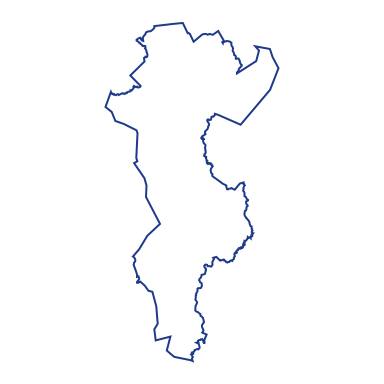 Chínipas, Chihuahua, Mexico
{"feature_id": "50627088B8922966525201", "entity_name": "Chínipas", "entity_type": "district", "adm_level": 2, "iso_a3": "MEX", "parent_name": "Mexico", "parent_adm1": "Chihuahua", "projection": "orthographic", "projection_center": [-108.464, 27.395], "detail": "fine", "context": "isolated", "style": "outline", "palette": "blue", "viewbox_px": 384, "rotation_deg": 0, "n_neighbors": 0, "source": "geoboundaries", "source_scale": "gbopen_adm2", "svg_char_len": 5984}
<svg xmlns="http://www.w3.org/2000/svg" viewBox="0 0 384 384"><path d="M189.9,33.9L188.0,32.7L187.6,33.0L182.8,23.0L174.1,23.8L154.3,26.1L154.4,27.5L153.7,28.7L151.3,30.8L150.2,31.3L148.2,31.4L146.0,32.4L145.5,33.8L144.3,35.6L143.8,35.9L143.0,37.3L142.8,39.4L143.1,39.9L143.2,40.9L142.0,40.4L141.1,39.5L140.7,38.1L140.2,37.7L138.5,38.4L136.6,39.7L136.6,40.7L138.4,41.7L139.2,42.8L139.8,42.8L140.6,44.0L141.7,44.7L142.6,45.9L143.2,46.2L143.9,45.8L144.7,46.2L145.2,46.1L145.5,47.3L145.1,48.3L145.5,48.4L145.6,49.2L146.4,50.6L146.5,52.0L146.8,52.3L147.4,54.4L147.4,56.0L146.8,57.1L146.5,57.2L145.4,56.7L145.0,57.4L144.0,58.0L144.5,61.5L130.3,75.5L140.6,86.0L140.5,86.5L139.2,87.4L137.7,87.4L137.1,86.6L136.1,87.1L135.3,86.6L134.7,87.0L133.9,86.0L133.3,86.8L133.6,88.0L132.8,89.2L131.9,89.8L131.7,90.5L130.9,90.8L130.4,90.4L130.2,91.2L129.7,91.6L127.8,91.9L127.0,92.9L126.3,92.7L125.9,93.4L124.9,93.4L124.6,93.9L123.2,93.7L122.8,93.2L122.3,93.2L118.8,95.0L118.6,94.6L118.0,94.2L117.1,94.3L116.0,95.2L114.7,94.8L114.3,94.2L113.5,94.6L112.9,93.6L112.6,93.5L112.1,93.9L111.5,93.6L110.9,91.9L105.5,107.0L111.7,111.9L115.4,121.0L123.7,123.9L136.5,130.3L137.5,133.1L136.3,157.9L137.3,161.3L134.1,163.1L144.5,178.3L146.5,185.6L146.0,197.0L160.0,223.9L147.3,235.8L139.2,249.2L133.0,256.5L133.6,256.8L134.8,258.4L135.3,259.7L135.2,261.4L134.0,262.8L134.0,263.7L133.6,264.7L135.5,269.8L137.1,274.7L137.0,276.9L138.5,276.4L139.1,278.3L139.0,279.5L137.1,281.8L137.0,282.7L138.3,282.8L140.3,281.6L144.8,285.7L148.4,290.7L152.4,291.8L156.3,306.4L157.7,323.8L154.3,329.3L155.7,340.4L170.4,336.6L166.8,350.5L171.1,354.3L174.4,356.9L190.7,360.2L192.6,361.0L191.9,358.9L192.8,357.1L192.5,357.0L191.8,354.8L191.2,354.5L191.8,353.8L191.6,353.3L191.8,352.7L192.1,352.8L192.7,354.0L193.2,353.9L193.3,353.3L192.9,352.2L194.3,351.4L194.5,350.2L195.2,350.1L195.9,349.5L197.6,349.0L198.3,349.4L199.5,348.1L199.6,347.0L198.7,343.8L196.5,342.7L198.3,342.2L197.9,341.5L198.0,340.9L198.7,340.2L200.2,340.0L200.9,339.3L201.8,339.6L202.4,339.2L203.1,340.4L203.7,342.7L203.8,343.0L204.4,343.0L204.5,341.4L204.2,340.5L206.6,334.5L202.2,332.6L203.2,331.1L203.5,330.1L202.3,327.8L201.9,326.1L202.2,324.7L204.0,322.2L203.0,317.9L202.2,317.3L201.7,316.5L200.6,315.9L200.3,314.0L199.1,313.3L198.4,312.4L196.0,311.3L195.3,310.5L195.3,309.9L195.6,305.9L197.0,303.1L197.1,302.2L195.4,299.6L195.8,297.6L195.7,295.8L196.2,295.2L195.9,294.1L197.5,291.2L197.5,288.7L198.0,288.2L200.7,288.1L201.2,287.5L201.9,285.8L201.6,283.2L200.0,282.1L199.6,280.8L199.1,280.2L199.5,278.9L200.8,277.7L201.5,276.0L201.5,275.0L204.8,274.0L205.2,273.3L205.2,272.4L205.9,270.7L205.6,270.0L206.0,269.3L205.9,268.8L204.4,266.9L204.3,265.8L204.9,264.9L206.0,264.5L207.1,264.9L207.7,266.2L209.6,266.1L210.8,266.6L211.6,266.3L212.5,264.7L212.3,262.0L214.1,258.8L213.2,257.8L216.3,256.9L219.9,260.4L220.4,260.1L220.8,260.5L221.3,260.5L222.3,259.9L223.9,259.5L224.1,259.6L224.2,260.6L225.3,260.9L226.3,262.2L227.3,262.5L227.6,262.5L228.2,261.8L229.4,261.9L230.3,260.7L231.0,260.6L232.0,260.9L231.9,260.2L233.0,259.8L234.0,258.8L233.9,257.5L234.9,256.1L234.3,254.3L234.9,252.9L236.1,253.2L236.8,252.8L236.9,252.4L236.2,251.3L237.0,250.3L238.1,250.0L238.2,248.9L238.9,248.1L240.0,248.7L240.3,247.9L240.8,248.0L241.1,247.1L241.4,247.1L242.0,248.1L242.9,247.4L243.2,246.8L243.0,244.8L243.4,244.7L243.7,245.3L244.3,245.0L243.9,244.5L242.6,244.0L244.4,243.8L243.9,243.0L244.5,242.7L244.4,242.3L244.8,241.9L244.3,241.3L244.4,240.9L245.2,241.4L247.1,239.3L247.3,238.5L247.9,238.2L247.9,237.1L248.5,237.6L248.6,237.3L249.7,237.4L250.4,238.0L250.2,237.2L250.7,237.1L250.9,236.3L251.3,236.1L251.8,236.5L252.3,236.1L252.1,235.6L251.4,235.5L251.6,234.3L252.0,234.0L252.7,234.1L253.0,233.5L252.5,233.6L252.3,232.7L251.7,232.0L252.5,230.5L251.8,229.6L252.0,228.7L251.6,228.3L251.6,226.5L250.4,225.9L249.6,223.5L249.3,221.6L249.0,221.4L248.2,220.1L247.4,219.4L247.1,218.6L246.1,218.0L246.0,217.4L244.7,215.6L244.4,214.1L245.0,210.8L245.8,210.5L246.3,209.8L246.6,206.9L247.7,205.9L247.5,205.2L246.3,203.9L246.0,202.1L246.1,201.5L248.0,200.5L248.1,200.0L246.8,199.0L245.7,196.8L244.5,196.2L244.5,192.9L243.9,191.5L243.2,190.9L243.1,190.3L243.5,189.3L243.5,187.6L244.3,185.8L244.8,185.4L243.7,184.2L244.0,183.8L243.8,183.5L243.4,183.4L243.5,182.5L239.8,183.6L234.7,189.7L231.4,188.1L231.0,188.4L228.8,188.8L227.9,189.4L227.0,189.2L226.2,186.2L226.3,185.5L223.1,183.9L212.6,176.3L212.2,175.6L212.5,174.2L211.2,172.9L210.6,170.2L211.0,168.7L212.6,166.4L212.2,166.2L212.3,165.3L211.6,165.1L211.5,164.4L210.9,164.3L210.9,163.5L210.2,163.4L210.2,163.8L209.6,163.7L209.8,163.2L209.3,163.1L209.3,163.5L208.8,163.9L208.1,163.9L208.2,163.5L207.8,163.4L208.2,163.1L208.1,162.7L206.8,162.2L206.7,161.1L207.1,160.8L206.5,160.3L206.5,159.4L206.0,158.5L206.2,157.5L205.8,157.2L206.1,156.9L205.8,156.5L204.2,156.0L204.4,154.4L204.8,154.2L205.0,153.5L205.5,153.2L205.7,152.7L205.7,151.2L205.3,150.6L205.5,149.5L204.9,148.2L205.5,145.9L205.3,144.8L203.9,143.3L203.2,141.7L203.1,140.1L203.2,139.6L204.0,139.2L203.8,138.8L203.2,138.3L202.4,139.1L201.9,139.0L201.3,138.3L201.3,137.8L202.1,136.4L205.5,134.2L205.4,133.6L204.9,132.9L205.0,131.8L205.2,131.3L207.4,129.2L208.1,127.6L208.2,126.3L209.1,125.0L209.2,124.5L208.8,123.3L207.3,121.1L207.3,120.0L208.1,119.3L209.1,120.0L210.8,119.8L211.2,118.8L211.3,117.2L212.3,116.5L213.4,116.7L214.8,115.1L214.9,113.8L218.5,115.0L240.6,124.7L270.1,89.8L278.5,68.2L272.6,57.1L269.9,49.0L255.3,46.3L259.0,50.5L256.2,61.1L237.0,73.4L237.0,72.5L238.6,70.6L238.9,68.8L241.8,65.7L241.7,64.9L241.0,64.5L240.4,63.5L239.7,61.7L239.8,60.9L238.5,58.5L237.2,58.5L236.2,58.9L235.8,58.7L235.8,56.3L235.2,55.4L234.2,55.0L233.8,52.6L232.7,51.1L232.8,49.3L233.1,48.6L232.5,46.9L231.6,45.8L231.3,44.3L231.4,42.7L230.8,42.5L230.1,41.7L226.8,40.9L224.9,41.8L223.6,41.8L223.1,42.4L222.9,43.2L222.4,42.3L221.7,42.7L223.8,40.6L218.2,31.0L212.8,34.8L209.6,33.9L207.8,34.7L206.0,34.0L205.0,33.9L202.4,34.4L193.6,41.7L189.9,33.9Z" fill="none" stroke="#1e3a8a" stroke-width="2"/></svg>